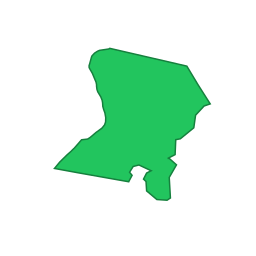 the district of Cabell, West Virginia, United States of America, rotated 332°
{"feature_id": "52423323B7608652803448", "entity_name": "Cabell", "entity_type": "district", "adm_level": 2, "iso_a3": "USA", "parent_name": "United States of America", "parent_adm1": "West Virginia", "projection": "robinson", "projection_center": [-82.288, 38.414], "detail": "fine", "context": "isolated", "style": "filled", "palette": "green", "viewbox_px": 256, "rotation_deg": 332, "n_neighbors": 0, "source": "geoboundaries", "source_scale": "gbopen_adm2", "svg_char_len": 942}
<svg xmlns="http://www.w3.org/2000/svg" viewBox="0 0 256 256"><g transform="rotate(332 128 128)"><path d="M211.9,145.3L210.1,122.2L209.0,101.0L149.3,49.1L148.1,49.2L139.4,46.1L137.1,45.9L133.6,46.2L130.1,47.4L129.1,48.2L124.5,53.1L122.9,54.7L122.1,56.3L122.0,57.5L122.2,63.0L121.3,72.6L120.6,74.9L119.7,76.7L118.7,79.4L118.3,81.9L118.6,87.7L118.2,91.3L117.4,93.8L115.9,97.1L115.2,100.3L114.7,103.8L113.2,108.4L111.0,112.2L108.7,114.3L104.9,115.9L97.8,116.9L90.0,118.6L87.1,118.8L81.5,116.6L70.8,120.7L70.2,120.8L66.2,122.0L61.6,123.1L51.8,126.0L44.1,129.2L50.4,134.2L63.4,144.5L103.4,175.8L104.2,175.2L109.4,171.7L108.6,167.8L114.5,164.4L120.3,165.8L128.4,176.6L123.3,176.5L117.7,180.4L118.8,183.7L114.9,192.3L119.9,204.7L128.6,210.1L132.6,209.7L141.2,191.0L153.5,183.3L150.1,174.1L148.7,173.5L157.1,173.6L164.7,160.7L169.1,162.1L186.2,158.7L193.7,148.4L205.5,144.3L211.9,145.3Z" fill="#22c55e" stroke="#15803d" stroke-width="1.5"/></g></svg>